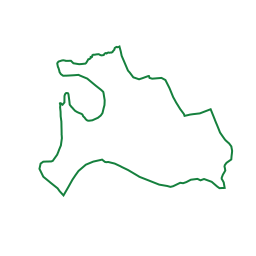 the district of Jabal Ras, Al Hudaydah, Yemen, rotated 166°
{"feature_id": "15242507B55114277387494", "entity_name": "Jabal Ras", "entity_type": "district", "adm_level": 2, "iso_a3": "YEM", "parent_name": "Yemen", "parent_adm1": "Al Hudaydah", "projection": "orthographic", "projection_center": [43.635, 14.03], "detail": "fine", "context": "isolated", "style": "outline", "palette": "green", "viewbox_px": 256, "rotation_deg": 166, "n_neighbors": 0, "source": "geoboundaries", "source_scale": "gbopen_adm2", "svg_char_len": 3879}
<svg xmlns="http://www.w3.org/2000/svg" viewBox="0 0 256 256"><g transform="rotate(166 128 128)"><path d="M206.9,78.2L200.3,85.0L197.5,88.0L194.2,91.5L193.5,92.1L190.3,95.0L187.0,97.8L186.4,98.3L179.0,102.0L177.8,102.6L172.5,103.4L169.8,103.8L165.7,103.7L162.2,103.6L161.6,103.6L160.8,103.6L158.6,100.7L157.4,100.1L155.4,99.8L149.5,96.7L144.7,92.8L143.4,91.6L138.1,87.2L130.1,79.3L129.2,78.4L129.1,78.2L128.9,78.1L128.5,77.7L120.9,72.3L111.4,65.5L104.8,62.6L103.9,62.2L103.2,61.8L101.6,60.9L101.0,60.6L99.1,60.6L98.3,60.6L95.4,61.2L90.6,62.2L87.9,61.1L84.5,61.4L81.2,62.2L79.5,62.6L74.5,62.0L73.5,61.9L72.9,61.8L70.3,59.7L66.7,60.1L66.4,60.0L59.9,55.6L59.7,55.4L55.6,49.6L53.8,47.5L51.7,47.1L51.4,47.1L51.1,47.0L50.0,46.7L48.7,46.5L48.3,52.1L48.9,54.4L49.4,56.0L49.1,57.1L47.2,59.8L45.2,61.8L43.9,63.2L43.7,65.5L43.7,67.3L43.0,68.6L40.8,70.4L39.5,70.9L35.4,72.5L34.4,75.4L34.2,76.0L33.3,78.3L32.5,80.6L32.4,82.0L32.3,83.9L32.2,85.1L32.4,85.6L33.7,88.7L34.1,89.2L36.0,92.0L36.7,93.2L38.0,96.5L39.8,101.3L40.3,105.1L40.9,109.3L41.0,110.0L41.3,111.7L41.4,112.5L41.7,114.5L41.8,115.7L42.0,116.8L42.0,117.0L43.2,125.6L43.3,126.2L54.8,124.8L61.7,125.7L64.6,126.0L66.1,126.0L66.4,126.0L70.2,126.1L70.4,128.1L72.8,133.8L74.2,138.2L74.2,138.3L74.6,139.4L75.2,141.3L75.8,143.7L76.7,147.0L78.0,156.0L78.2,157.1L80.1,165.5L83.4,168.5L92.6,170.0L94.3,171.0L95.0,171.4L95.1,173.3L95.7,173.5L101.3,172.9L102.4,172.8L105.5,172.6L110.1,175.6L110.4,175.7L110.6,175.9L113.0,181.6L113.8,183.0L114.1,183.8L114.2,184.1L115.7,193.5L116.7,199.6L116.5,204.2L116.6,209.1L117.4,208.9L118.4,208.9L118.9,209.0L119.3,209.4L119.6,209.4L120.5,209.2L121.5,208.8L121.8,208.4L122.0,207.9L122.3,207.3L123.2,206.7L123.9,206.2L124.4,205.9L124.6,205.5L125.1,205.3L125.6,205.3L126.1,205.2L126.5,205.4L127.1,205.5L127.7,205.5L128.1,205.6L128.7,206.0L129.1,206.0L129.6,205.9L130.1,205.7L130.7,205.5L131.0,205.9L131.3,206.1L131.5,206.1L131.9,206.0L132.4,205.9L133.0,205.6L133.4,205.1L133.9,204.7L134.5,204.7L135.4,204.8L136.2,204.9L136.6,205.1L137.2,205.5L137.7,205.9L138.4,206.6L139.0,206.8L139.8,206.9L141.1,207.1L141.9,207.1L142.7,207.2L143.3,207.3L144.1,207.5L145.1,207.1L145.2,206.8L145.5,206.0L145.9,205.6L146.6,205.7L147.0,205.9L147.2,205.3L147.4,204.8L147.9,204.5L148.5,204.5L148.9,204.2L149.4,204.3L149.9,204.3L150.7,203.4L151.7,202.4L152.7,201.4L153.3,201.0L153.8,200.8L158.3,201.4L158.6,201.5L159.9,201.7L161.1,202.2L161.3,202.3L165.3,204.0L167.1,207.0L172.2,208.2L172.5,208.5L174.5,209.4L176.2,209.5L177.2,209.4L179.1,209.3L179.6,209.1L180.6,208.3L181.0,207.8L181.1,206.8L181.2,204.7L181.1,203.5L180.9,203.0L180.9,202.2L180.8,200.1L180.9,198.9L180.1,196.5L178.3,194.4L174.2,193.5L167.3,192.2L163.1,191.5L162.2,190.7L155.6,185.8L151.8,180.6L149.0,176.8L145.1,171.8L144.4,170.8L143.9,170.0L143.3,169.1L143.3,167.6L143.5,165.5L143.9,160.7L144.0,160.3L144.4,158.9L145.3,155.9L146.8,153.2L148.6,149.7L149.2,148.6L151.4,146.7L154.9,145.1L155.2,145.1L160.7,144.1L164.1,144.5L165.1,144.8L166.1,145.6L166.9,146.8L167.6,148.6L168.2,149.5L168.7,150.3L168.8,151.4L169.1,152.3L169.9,153.1L172.0,154.6L173.5,155.8L175.2,157.5L176.8,160.4L177.1,161.3L177.6,161.7L178.2,163.2L178.6,163.9L178.9,164.8L178.4,168.3L177.6,175.2L177.9,176.3L179.0,176.8L179.4,176.8L179.8,176.8L180.9,176.0L181.9,174.4L183.5,168.2L185.9,166.4L186.7,167.3L186.9,167.9L187.5,168.4L187.9,168.4L188.1,168.4L188.2,168.1L188.2,167.8L188.1,167.3L188.0,166.9L188.2,166.4L188.9,164.4L189.5,160.1L190.5,155.6L191.1,150.3L191.3,149.5L191.5,148.5L192.2,145.5L193.1,141.4L193.8,138.4L194.0,137.8L194.1,136.9L194.6,134.2L194.7,133.9L197.4,127.2L197.5,127.1L200.1,123.6L201.6,121.4L202.8,119.8L203.1,119.3L207.7,115.4L208.4,114.8L208.8,114.4L210.4,114.1L212.7,114.6L216.3,115.4L218.4,115.8L221.4,114.6L223.8,109.8L222.2,102.3L222.2,102.2L221.9,101.1L216.9,94.4L216.8,94.2L210.9,86.5L209.6,83.2L206.9,78.2Z" fill="none" stroke="#15803d" stroke-width="2"/></g></svg>